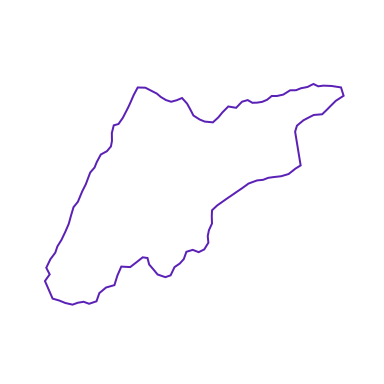 Areal, Rio de Janeiro, Brazil, rotated 16°
{"feature_id": "56859067B22984730700411", "entity_name": "Areal", "entity_type": "district", "adm_level": 2, "iso_a3": "BRA", "parent_name": "Brazil", "parent_adm1": "Rio de Janeiro", "projection": "natural_earth1", "projection_center": [-43.115, -22.237], "detail": "fine", "context": "isolated", "style": "outline", "palette": "violet", "viewbox_px": 384, "rotation_deg": 16, "n_neighbors": 0, "source": "geoboundaries", "source_scale": "gbopen_adm2", "svg_char_len": 1624}
<svg xmlns="http://www.w3.org/2000/svg" viewBox="0 0 384 384"><g transform="rotate(16 192 192)"><path d="M289.1,136.5L274.5,105.6L274.6,99.3L279.4,92.3L283.9,88.0L287.8,84.4L295.7,81.4L299.0,75.7L301.5,71.1L305.1,64.7L311.2,57.7L306.4,50.4L297.0,51.6L289.1,53.5L284.2,55.6L278.9,54.7L274.1,59.2L268.2,62.2L263.9,65.5L258.3,67.2L252.9,73.2L247.2,76.3L242.2,77.7L238.7,82.7L234.6,86.0L230.1,88.1L225.5,89.6L220.2,88.3L215.2,91.4L211.2,98.9L203.3,99.8L199.3,107.1L196.8,112.9L192.9,119.3L184.8,120.8L179.4,120.2L172.3,118.1L167.7,113.2L162.9,108.4L156.5,104.4L152.0,108.0L147.1,111.0L141.6,110.8L135.7,109.2L131.1,107.1L125.0,105.9L118.4,104.6L111.0,106.5L109.2,115.0L108.2,122.6L107.4,128.0L106.2,134.0L105.1,139.6L102.6,146.9L98.4,149.5L98.7,157.4L101.0,165.0L101.5,170.5L99.0,176.2L94.0,181.1L92.2,189.5L91.6,195.3L88.8,201.3L88.3,207.3L87.8,213.7L86.3,221.6L85.0,232.9L82.3,239.2L82.2,247.5L82.3,256.6L81.2,265.1L79.7,274.1L77.6,281.4L77.3,288.0L74.4,295.7L72.8,305.0L77.9,310.4L75.2,318.1L87.4,332.9L94.0,332.9L100.8,333.6L108.2,333.2L112.8,329.9L118.1,327.4L123.9,327.8L130.3,323.4L130.8,314.7L135.7,307.5L143.1,302.9L143.3,293.0L144.6,283.2L153.3,281.2L158.3,274.4L162.6,268.4L167.4,267.7L170.8,273.5L175.4,276.5L181.7,280.8L189.9,281.2L194.4,278.0L195.9,269.0L200.0,264.1L202.6,258.7L203.1,251.0L208.7,247.4L215.0,248.0L219.6,243.8L221.7,236.2L219.3,230.1L218.8,224.1L219.9,216.8L217.6,209.5L216.3,204.0L219.9,198.0L227.7,188.3L234.9,179.6L239.4,174.2L244.0,168.3L251.4,162.9L257.0,160.7L261.3,157.4L266.0,155.3L273.3,152.3L279.9,148.1L285.0,141.0L289.1,136.5Z" fill="none" stroke="#5b21b6" stroke-width="2"/></g></svg>